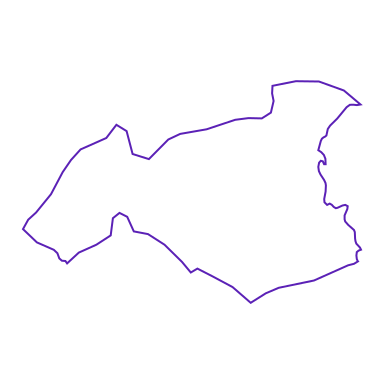 SVG path tracing the border of Gaziantep
{"feature_id": "TUR-3016", "entity_name": "Gaziantep", "entity_type": "Province", "adm_level": 1, "iso_a3": "TUR", "parent_name": "Turkey", "parent_adm1": "", "projection": "robinson", "projection_center": [37.547, 37.105], "detail": "fine", "context": "isolated", "style": "outline", "palette": "violet", "viewbox_px": 384, "rotation_deg": 0, "n_neighbors": 0, "source": "natural_earth", "source_scale": "10m", "svg_char_len": 1438}
<svg xmlns="http://www.w3.org/2000/svg" viewBox="0 0 384 384"><path d="M357.9,261.4L354.0,263.8L348.1,265.3L314.0,280.5L278.7,287.8L265.8,293.3L250.7,302.8L232.6,287.1L212.8,276.5L197.4,268.6L190.8,272.5L182.0,261.9L164.5,244.7L148.0,234.1L133.8,231.4L127.2,216.8L119.5,212.9L112.9,218.2L110.7,235.4L96.4,244.7L78.8,252.6L67.1,263.4L65.4,261.0L61.9,260.7L59.3,258.4L57.4,253.2L53.8,249.8L36.9,242.4L23.0,229.1L28.2,219.7L36.1,212.5L51.0,194.2L62.7,172.1L71.0,160.0L80.6,149.4L106.3,138.0L116.4,124.8L126.6,131.1L132.6,154.0L148.9,159.1L168.3,139.5L180.2,133.9L206.6,129.3L235.2,119.8L248.5,118.1L261.8,118.4L270.9,112.6L273.6,101.0L272.1,93.4L272.5,85.8L295.9,81.2L318.9,81.5L343.9,90.5L360.5,104.5L356.9,105.1L353.3,104.7L349.9,104.8L346.6,107.2L337.2,118.6L330.1,125.6L327.8,129.0L326.4,135.5L325.1,136.6L323.5,137.4L321.9,138.7L320.8,141.0L318.3,150.2L321.3,152.2L323.9,155.0L325.4,158.8L325.6,164.2L324.1,164.2L322.8,161.3L320.8,160.8L319.1,162.7L318.3,166.9L318.9,171.1L320.5,174.5L324.1,180.0L325.5,183.0L325.9,185.4L325.6,191.6L324.2,199.1L324.5,202.3L327.1,204.9L329.7,203.6L331.8,204.8L333.7,206.9L335.8,208.2L337.5,207.8L342.5,205.5L345.3,204.9L347.7,206.2L347.3,209.1L344.6,215.4L344.6,219.3L345.2,221.5L348.3,225.0L354.0,230.0L354.8,232.1L355.1,238.6L355.5,241.2L356.3,243.6L360.0,247.6L361.0,249.7L358.6,250.6L356.8,252.1L356.4,255.5L356.8,259.0L357.8,261.3L357.9,261.4Z" fill="none" stroke="#5b21b6" stroke-width="2"/></svg>